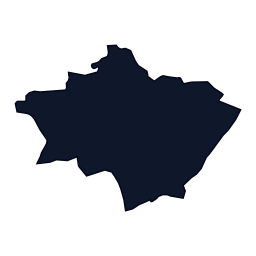 outline of Gulbene
{"feature_id": "LVA-1083", "entity_name": "Gulbene", "entity_type": "Municipality", "adm_level": 1, "iso_a3": "LVA", "parent_name": "Latvia", "parent_adm1": "", "projection": "orthographic", "projection_center": [26.543, 57.177], "detail": "fine", "context": "isolated", "style": "filled", "palette": "ink", "viewbox_px": 256, "rotation_deg": 0, "n_neighbors": 0, "source": "natural_earth", "source_scale": "10m", "svg_char_len": 1395}
<svg xmlns="http://www.w3.org/2000/svg" viewBox="0 0 256 256"><path d="M40.1,92.0L65.8,90.1L66.7,87.6L66.4,83.3L68.5,80.6L69.4,77.2L68.8,75.3L68.6,72.4L84.9,75.5L97.4,72.1L98.7,69.4L98.7,67.1L97.5,66.7L95.0,68.2L93.7,68.4L92.6,67.8L91.8,66.7L91.6,65.4L92.2,64.1L96.9,62.8L99.3,61.5L101.9,58.7L107.4,56.6L108.3,54.0L108.5,52.2L107.6,45.8L116.2,45.3L117.3,46.9L118.4,48.0L120.9,49.2L125.5,48.5L130.6,50.7L135.3,61.2L138.2,65.6L146.9,71.3L147.7,75.1L147.8,76.5L154.2,81.3L160.6,76.8L163.1,75.8L168.9,77.0L177.9,78.1L178.6,77.7L179.7,77.8L180.4,78.1L183.5,83.8L191.4,82.2L207.6,81.9L213.9,88.2L221.6,93.2L223.0,94.6L221.7,96.6L219.4,99.1L219.1,100.2L218.9,101.3L220.9,101.9L240.6,109.8L235.6,119.5L228.0,130.2L222.9,135.4L211.9,150.4L209.4,153.8L206.2,157.3L201.2,168.4L196.6,173.9L191.2,177.7L183.1,185.4L184.7,189.8L185.2,191.0L183.1,198.1L170.4,195.9L167.6,194.7L162.9,194.6L158.4,196.3L156.7,198.3L152.3,201.4L151.1,201.6L149.8,199.9L138.8,204.7L132.6,208.8L125.6,210.7L124.0,199.7L120.9,188.8L118.7,183.0L114.7,176.2L111.7,171.9L104.8,170.0L86.6,175.9L78.6,166.1L77.2,156.7L67.4,160.5L56.3,159.7L50.0,162.1L37.0,163.6L40.3,156.8L41.6,152.7L45.8,145.3L46.7,143.4L47.2,140.1L40.1,129.7L34.5,119.1L31.9,116.0L29.4,114.2L26.6,113.3L17.1,111.8L15.4,103.6L16.2,102.6L17.4,101.4L24.2,101.4L26.0,101.0L26.1,95.9L29.4,92.8L34.4,91.3L40.1,92.0Z" fill="#0f172a" stroke="#020617" stroke-width="1.5"/></svg>